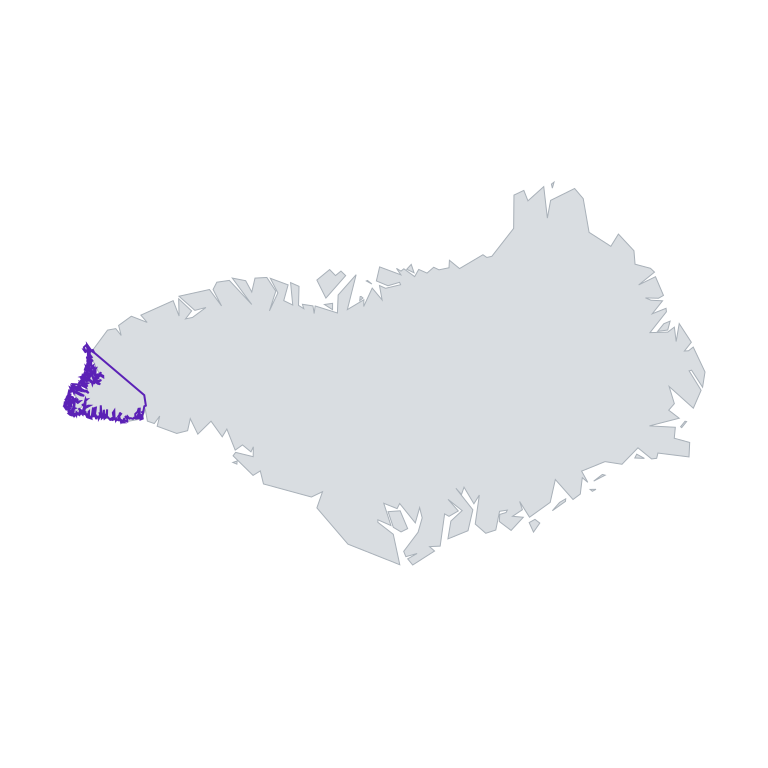 Kommune Kujalleq highlighted on a map of Greenland, rotated 84°
{"feature_id": "GRL-2740", "entity_name": "Kommune Kujalleq", "entity_type": "state/province", "adm_level": 1, "iso_a3": "GRL", "parent_name": "Greenland", "parent_adm1": "", "projection": "orthographic", "projection_center": [-44.745, 61.276], "detail": "fine", "context": "in_parent", "style": "outline", "palette": "violet", "viewbox_px": 768, "rotation_deg": 84, "n_neighbors": 0, "source": "natural_earth", "source_scale": "10m", "svg_char_len": 9843}
<svg xmlns="http://www.w3.org/2000/svg" viewBox="0 0 768 768"><g transform="rotate(84 384 384)"><path d="M405.6,63.5L420.5,67.5L402.4,76.7L402.8,79.2L423.4,69.3L440.4,78.9L416.3,100.7L433.9,97.3L439.8,103.6L448.9,94.0L453.4,124.4L457.5,98.8L468.3,101.0L474.1,86.1L488.4,88.3L481.3,118.8L486.4,120.6L486.5,125.7L474.0,138.1L488.7,155.7L484.3,172.3L491.3,196.6L503.1,191.6L497.9,196.6L514.0,200.3L518.6,208.1L496.9,223.6L519.1,231.1L531.7,253.2L515.0,261.4L523.5,259.5L529.0,270.0L531.1,259.4L542.9,272.9L532.8,283.7L525.8,282.5L524.6,276.1L522.3,274.5L522.7,282.4L540.9,288.1L543.1,298.4L532.8,307.9L504.4,300.8L512.5,307.1L495.0,315.2L502.0,318.5L495.2,323.4L518.4,308.8L538.7,315.8L544.7,336.6L527.3,331.8L518.1,319.5L505.4,332.4L518.0,323.4L522.4,333.2L519.5,337.3L551.1,345.1L550.5,355.7L555.4,351.2L567.0,374.4L560.4,378.7L556.0,368.8L558.0,380.3L552.5,381.9L535.0,365.6L521.1,360.0L510.7,361.5L525.4,367.4L504.5,380.9L509.3,384.0L502.6,396.7L525.5,391.9L518.4,404.3L520.9,404.6L534.4,390.5L565.4,387.2L539.5,436.6L500.2,463.7L484.7,456.4L488.8,468.0L470.8,514.3L457.5,516.1L461.2,523.8L439.6,541.6L436.5,538.7L442.6,521.7L432.8,520.5L437.6,523.4L429.8,531.1L434.2,538.9L412.4,545.0L419.6,550.4L402.9,559.9L414.4,574.4L398.2,580.3L409.9,584.2L411.5,595.3L402.3,614.0L392.4,610.4L399.3,616.6L396.2,623.2L383.3,624.1L393.3,627.9L394.7,647.4L388.7,651.4L392.1,652.3L383.6,684.3L371.7,682.6L382.8,697.0L372.2,703.9L365.2,701.1L367.7,691.4L352.0,693.3L360.5,680.7L343.1,681.9L345.8,665.4L314.7,676.7L320.5,670.7L301.5,653.3L300.9,645.0L308.3,640.3L298.0,641.8L290.2,628.2L298.0,613.1L290.1,618.6L279.1,585.0L295.0,580.7L277.8,579.3L291.2,567.7L298.5,574.6L297.8,567.5L289.3,553.1L291.0,564.4L275.3,578.7L271.8,547.7L289.4,537.4L272.1,544.1L265.3,539.6L264.8,527.0L291.1,507.2L262.8,523.8L266.8,510.8L278.7,505.9L265.2,501.2L265.8,489.4L280.3,481.9L299.3,490.3L282.3,480.0L267.0,486.0L275.4,469.0L290.6,475.0L295.9,466.5L273.4,466.3L278.0,458.3L296.9,460.8L300.7,455.9L296.2,456.8L298.9,446.5L306.6,446.1L299.2,444.3L308.5,422.9L290.7,420.3L272.4,400.3L306.2,412.7L298.1,395.2L304.8,396.1L287.4,385.7L300.2,377.1L285.6,378.2L289.0,372.4L287.0,357.1L284.5,357.9L286.7,369.8L280.7,380.8L267.1,376.1L277.2,355.8L270.3,359.5L273.5,355.3L271.5,352.2L280.4,342.3L273.7,337.5L278.2,329.6L273.1,322.4L276.2,317.4L275.2,307.2L267.8,306.0L277.1,296.8L265.8,272.1L268.9,268.5L268.3,263.4L242.8,238.8L209.7,235.0L206.1,224.7L216.9,221.7L204.4,204.5L236.1,204.2L218.8,199.1L209.5,174.0L220.5,166.5L254.6,164.2L270.8,144.0L259.4,135.2L277.6,121.5L291.1,121.8L296.8,106.9L301.0,103.3L312.1,120.4L305.7,102.8L325.1,96.8L327.4,102.0L325.7,115.0L328.6,109.7L330.4,98.3L342.2,109.9L338.2,95.6L341.7,95.6L360.7,114.1L362.1,96.4L357.8,89.3L372.3,89.0L354.8,84.1L374.6,74.0L382.6,81.8L382.8,77.7L379.6,72.6L405.6,63.5ZM272.2,410.8L292.5,432.8L273.6,439.9L264.5,426.1L271.1,420.9L267.2,415.0L272.2,410.8ZM530.3,375.6L532.9,382.5L527.5,389.7L511.4,393.3L511.8,381.2L530.3,375.6ZM360.2,106.3L353.3,99.4L351.4,92.9L360.0,96.2L360.2,106.3ZM485.2,132.8L483.8,142.3L480.2,140.0L485.2,132.8ZM538.6,243.6L546.9,250.8L537.0,254.1L534.4,248.0L538.6,243.6ZM527.6,229.8L520.1,221.7L517.2,215.3L519.7,215.8L527.6,229.8ZM276.5,342.5L272.3,349.4L267.9,344.4L276.5,342.5ZM458.5,92.5L457.5,93.5L452.5,88.5L453.0,87.0L458.5,92.5ZM304.7,427.4L298.7,434.9L298.4,426.7L304.7,427.4ZM497.8,173.6L502.5,185.6L496.8,176.3L497.8,173.6ZM206.8,196.1L202.7,196.6L201.0,193.8L206.8,196.1ZM283.3,385.6L279.7,390.8L279.3,389.6L283.3,385.6ZM512.5,188.0L510.4,190.0L510.9,184.2L512.5,188.0ZM341.2,672.9L338.7,680.6L333.3,677.2L341.2,672.9ZM298.5,399.4L294.6,398.6L294.5,397.7L296.3,395.9L298.5,399.4ZM448.3,538.7L446.2,542.5L445.2,538.1L448.3,538.7Z" fill="#d9dde1" stroke="#a8b0b8" stroke-width="1"/><path d="M380.6,623.1L381.1,624.7L386.0,626.2L386.7,627.6L387.5,626.5L390.4,628.0L391.3,629.7L391.0,630.6L388.3,628.9L389.3,630.5L388.3,630.4L390.7,632.2L392.2,631.6L392.0,633.1L393.4,632.8L391.2,633.3L386.1,629.9L383.0,629.5L383.0,630.7L385.8,631.9L387.8,634.5L392.2,634.9L391.5,636.2L392.4,637.3L391.5,639.5L391.8,640.7L389.2,642.6L390.5,643.3L388.9,645.0L391.7,643.0L394.4,643.3L393.3,645.7L390.7,645.8L393.6,647.1L391.8,650.2L388.6,650.8L386.2,648.6L384.9,650.1L386.2,649.6L388.6,651.8L393.0,651.4L391.2,652.3L392.1,653.9L390.5,653.6L391.5,654.3L390.3,654.2L390.8,655.6L382.3,655.0L384.3,656.7L389.6,656.4L389.4,657.8L389.9,659.1L390.3,659.2L391.0,658.8L391.1,660.0L387.6,662.5L388.5,663.1L380.3,662.0L386.6,663.5L384.9,664.5L388.1,664.0L389.3,665.7L386.8,666.1L384.8,665.3L384.2,665.6L381.3,665.3L381.3,665.5L387.6,667.0L388.6,668.3L375.6,667.9L383.9,669.0L383.6,669.8L387.7,669.5L386.9,670.0L388.4,671.1L386.4,670.9L386.5,672.4L387.5,673.0L383.5,674.5L377.4,673.0L377.5,673.8L386.6,676.5L376.9,675.8L387.1,678.4L385.0,680.8L380.4,680.2L380.8,680.7L385.4,681.6L385.1,681.0L387.4,679.6L386.4,681.8L382.2,682.0L386.4,682.7L382.2,683.7L383.6,684.7L380.1,683.5L382.2,685.6L381.1,685.8L376.8,683.9L374.8,679.0L374.6,680.4L375.8,683.5L369.5,682.6L368.4,681.1L368.5,682.3L368.0,682.4L372.7,684.1L373.3,686.7L373.4,685.2L374.4,684.4L379.9,686.5L376.3,690.4L378.1,689.0L379.5,689.6L378.9,688.4L379.3,688.0L381.9,687.7L381.4,688.1L382.0,689.0L379.4,688.5L382.9,690.1L381.9,691.1L383.0,692.0L381.3,691.6L379.9,692.8L382.7,693.3L382.2,693.5L382.9,694.4L381.6,694.0L381.5,695.0L382.9,695.1L383.3,695.9L382.7,696.4L376.4,695.0L375.9,693.6L375.4,694.6L370.9,693.7L368.5,694.2L368.6,692.8L370.8,690.5L369.4,688.3L369.4,691.1L368.6,692.0L367.0,689.8L367.7,692.6L366.5,692.4L367.2,693.7L364.6,694.9L362.8,699.2L361.7,698.5L361.7,696.0L361.1,698.7L359.9,698.5L358.7,695.8L359.3,694.8L358.2,696.1L359.3,698.4L357.5,697.8L357.9,696.9L356.9,696.0L354.8,696.5L356.1,694.7L360.5,693.3L359.4,693.0L363.6,686.6L364.4,683.4L359.1,691.3L358.8,692.8L356.0,693.5L354.8,695.3L354.3,695.0L355.0,693.9L354.3,694.1L354.6,693.1L358.2,690.0L358.0,689.0L359.3,685.8L357.8,686.0L360.1,683.0L360.3,681.0L362.2,678.7L359.9,680.2L359.1,682.9L357.2,685.5L354.3,686.9L353.4,686.2L353.7,685.1L356.4,680.8L354.2,681.6L354.1,683.2L350.5,685.4L352.2,682.2L355.6,679.1L353.1,680.4L352.5,679.0L352.2,681.1L351.1,681.7L350.8,683.4L350.4,682.9L349.3,686.0L349.2,684.1L348.1,684.3L349.2,682.8L347.4,682.7L348.8,681.1L346.7,681.7L346.4,683.7L345.8,683.3L345.3,684.6L345.0,683.2L344.0,682.9L349.5,679.6L345.7,679.7L349.5,677.9L348.8,677.4L352.2,674.3L353.8,674.0L352.4,673.4L352.9,672.0L352.0,671.2L352.0,672.7L347.7,677.8L345.5,678.1L345.2,677.6L347.1,676.2L345.6,675.6L344.1,676.3L343.6,678.7L341.1,678.3L341.0,677.4L343.1,676.9L345.9,674.3L341.6,676.0L345.5,673.3L350.5,672.0L353.8,668.6L354.6,666.2L352.4,668.9L350.5,664.7L350.9,668.5L349.0,670.9L346.7,672.6L343.5,673.7L343.0,673.1L343.5,673.1L342.7,671.8L347.9,669.6L348.3,669.0L347.0,668.8L348.0,668.1L347.6,667.5L349.1,667.5L347.1,667.4L345.8,665.3L347.9,662.5L346.5,662.4L344.9,665.0L342.6,664.4L346.2,667.3L344.6,667.7L345.2,668.8L343.6,669.9L340.1,669.3L342.4,670.7L341.9,671.4L340.8,671.9L340.4,670.0L338.5,668.9L338.9,670.0L337.9,670.0L338.5,670.9L336.3,671.1L336.7,672.5L335.3,671.6L336.2,673.7L335.6,672.7L335.2,673.8L334.0,672.5L334.6,673.6L332.1,672.8L334.4,674.3L332.3,676.6L331.3,676.5L332.1,675.6L330.8,676.0L332.6,674.3L330.0,675.4L330.0,674.3L331.8,673.0L329.6,672.5L330.6,672.0L330.3,671.7L327.3,673.8L326.7,671.9L323.6,673.7L320.8,672.9L319.1,674.2L321.0,674.0L320.4,674.8L324.2,673.6L326.2,674.7L324.7,675.5L318.1,674.8L318.0,673.7L316.7,675.1L314.0,675.1L320.9,671.2L321.6,670.3L319.0,670.3L322.7,668.8L370.0,623.6L380.6,623.1ZM369.8,694.1L382.7,696.8L382.6,697.8L381.5,698.9L379.5,697.1L376.6,696.6L377.9,697.7L376.5,700.9L375.4,698.9L374.7,700.2L372.0,698.7L374.6,697.1L371.6,697.5L369.0,695.0L369.8,694.1ZM371.4,699.5L375.8,702.8L373.8,703.9L373.8,701.9L372.3,704.5L371.8,704.1L372.0,701.7L370.8,703.9L369.3,703.5L371.4,699.5ZM319.4,677.4L321.7,677.3L318.3,679.2L318.5,677.9L316.1,678.6L314.0,675.8L317.0,675.3L317.6,674.8L320.4,675.9L319.4,677.4ZM336.5,676.8L332.5,677.3L341.3,672.7L341.7,673.8L336.5,676.8ZM355.1,688.5L354.7,691.5L351.6,693.6L352.5,688.2L355.1,688.5ZM366.0,699.4L365.0,700.1L365.7,696.7L364.1,698.6L364.8,695.2L366.8,695.4L368.0,697.5L366.5,699.5L366.1,698.7L366.6,697.8L366.2,698.0L366.0,699.4ZM370.7,699.1L368.8,701.6L368.8,699.3L368.2,701.6L366.2,702.4L365.4,701.4L368.1,698.1L370.7,699.1ZM337.1,679.3L340.5,678.1L338.2,679.0L339.2,680.3L337.1,679.3ZM379.4,698.1L379.2,700.4L378.5,700.0L377.5,701.3L378.1,698.0L379.4,698.1ZM391.5,627.8L393.2,627.6L393.8,629.8L392.0,629.5L391.5,627.8ZM368.9,697.8L367.4,695.4L368.0,694.1L368.8,696.3L370.7,697.6L368.9,697.8ZM385.9,673.9L388.9,673.9L384.5,674.6L385.9,673.9ZM395.0,646.8L394.9,648.3L393.9,648.8L394.7,649.5L392.5,650.1L395.0,646.8ZM344.1,681.7L344.4,680.1L346.7,680.7L344.1,681.7ZM345.0,679.5L343.9,679.8L342.6,681.1L341.0,680.2L341.4,679.9L345.0,679.5ZM355.6,690.3L357.6,686.6L358.2,687.0L357.1,689.4L355.6,690.3ZM356.4,688.5L355.6,688.3L355.4,687.0L357.2,686.6L356.4,688.5ZM381.7,699.5L380.5,700.7L380.2,699.7L379.5,701.1L380.2,698.6L381.7,699.5ZM336.9,671.4L338.3,671.9L338.3,673.0L337.1,672.9L336.9,671.4ZM339.8,676.2L339.0,677.2L338.2,676.7L339.1,676.1L339.8,676.2ZM335.3,678.4L336.3,677.4L337.0,678.0L335.3,678.4ZM329.0,675.7L328.3,675.0L329.4,674.6L329.0,675.7ZM325.7,676.5L326.3,676.3L327.5,676.8L325.7,676.5ZM353.0,695.0L353.5,693.9L354.1,694.3L354.1,694.8L353.0,695.0ZM362.7,699.9L363.2,699.3L363.8,699.5L363.4,700.4L362.7,699.9ZM390.1,658.7L391.1,657.3L391.4,657.7L390.5,659.0L390.1,658.7ZM352.0,685.8L351.8,687.2L351.2,687.1L352.0,685.8ZM328.3,674.2L329.1,672.9L329.7,672.9L329.3,673.7L328.3,674.2ZM330.1,676.1L330.7,677.2L329.8,676.5L330.1,676.1ZM328.2,674.3L327.6,675.0L327.1,675.0L327.5,674.2L328.2,674.3ZM327.5,676.0L327.9,675.7L328.6,676.1L328.1,676.4L327.5,676.0ZM329.9,673.9L330.5,673.0L331.1,673.0L330.8,673.5L329.9,673.9Z" fill="none" stroke="#5b21b6" stroke-width="2"/></g></svg>